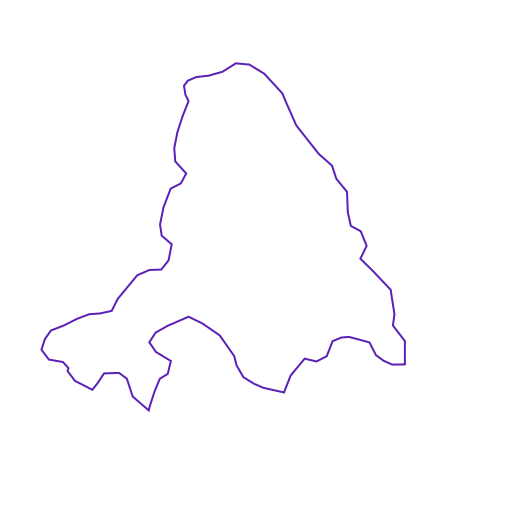 the district of Cheonan-si, South Chungcheong, South Korea, rotated 18°
{"feature_id": "91817680B50780672353800", "entity_name": "Cheonan-si", "entity_type": "district", "adm_level": 2, "iso_a3": "KOR", "parent_name": "South Korea", "parent_adm1": "South Chungcheong", "projection": "albers", "projection_center": [127.19, 36.798], "detail": "fine", "context": "isolated", "style": "outline", "palette": "violet", "viewbox_px": 512, "rotation_deg": 18, "n_neighbors": 0, "source": "geoboundaries", "source_scale": "gbopen_adm2", "svg_char_len": 1353}
<svg xmlns="http://www.w3.org/2000/svg" viewBox="0 0 512 512"><g transform="rotate(18 256 256)"><path d="M431.1,313.1L423.9,290.9L407.7,279.8L405.7,268.7L394.5,246.5L372.3,234.4L356.1,226.3L358.1,212.2L348.0,200.1L336.9,198.1L329.8,186.0L322.7,166.8L315.8,162.4L308.5,157.7L300.4,146.6L284.3,139.6L269.1,129.5L254.0,119.4L236.8,100.2L230.8,93.2L207.6,80.1L190.4,76.0L187.9,76.6L177.3,79.0L167.2,91.1L155.1,99.2L144.0,104.2L137.0,110.3L134.9,116.3L136.1,118.7L139.0,124.4L144.0,129.5L143.0,145.6L143.0,162.8L145.0,178.9L150.0,191.0L164.1,199.1L162.1,210.2L154.0,218.3L153.0,238.5L155.0,255.7L160.0,265.8L172.2,270.9L174.2,287.1L170.1,298.2L159.0,302.2L150.9,309.3L148.9,311.3L137.7,339.6L135.7,352.8L125.5,358.8L115.4,362.9L105.3,371.0L95.1,381.1L84.0,390.2L80.9,400.3L80.9,411.4L91.0,418.5L105.2,416.5L112.3,420.6L112.3,423.6L122.4,430.7L141.7,433.8L144.7,425.7L147.8,414.6L161.9,409.5L171.1,412.6L182.2,427.8L201.7,436.0L201.4,431.8L201.4,415.6L202.5,402.4L208.5,395.4L207.5,382.2L190.3,378.1L181.2,371.0L184.2,359.9L193.4,349.8L210.6,334.6L225.7,336.7L246.0,342.7L266.2,357.9L271.3,366.0L281.4,375.1L293.6,378.1L303.7,379.1L324.9,377.1L324.9,375.1L325.9,358.9L334.0,338.6L346.1,337.6L354.2,329.5L355.2,313.3L362.3,307.2L369.4,304.2L390.6,303.1L400.7,313.2L409.8,316.2L419.0,317.2L431.1,313.1Z" fill="none" stroke="#5b21b6" stroke-width="2"/></g></svg>